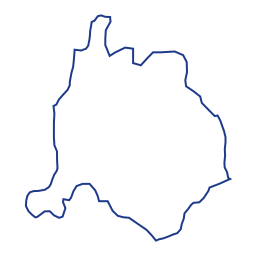 Kurdamir District, Kürdəmir, Azerbaijan (Mercator projection)
{"feature_id": "54616110B82810927503709", "entity_name": "Kurdamir District", "entity_type": "district", "adm_level": 2, "iso_a3": "AZE", "parent_name": "Azerbaijan", "parent_adm1": "Kürdəmir", "projection": "mercator", "projection_center": [48.161, 40.284], "detail": "fine", "context": "isolated", "style": "outline", "palette": "blue", "viewbox_px": 256, "rotation_deg": 0, "n_neighbors": 0, "source": "geoboundaries", "source_scale": "gbopen_adm2", "svg_char_len": 1612}
<svg xmlns="http://www.w3.org/2000/svg" viewBox="0 0 256 256"><path d="M91.7,21.9L91.1,25.8L90.2,30.8L89.9,35.7L89.4,39.8L88.2,45.7L86.0,48.7L81.1,50.5L74.6,49.7L74.3,54.4L73.5,63.7L73.1,66.9L71.4,73.1L69.8,81.9L69.8,85.2L67.6,89.8L63.4,94.4L59.0,99.4L56.3,104.6L53.5,106.0L54.4,113.6L53.9,122.6L53.9,137.1L54.4,145.3L57.0,151.4L57.1,160.8L57.5,168.3L56.7,170.9L54.1,174.9L52.1,180.1L50.7,184.3L48.9,187.1L45.0,189.7L38.6,190.9L33.6,191.1L29.9,192.3L27.5,195.6L26.3,200.2L26.1,202.7L25.9,206.0L28.5,211.2L32.1,214.8L35.4,217.4L37.4,216.8L42.8,212.8L44.6,211.4L49.7,211.2L54.1,215.4L59.2,217.8L62.6,216.6L65.4,208.2L63.0,202.0L63.4,199.2L69.2,200.2L71.2,197.4L73.3,191.5L76.5,186.1L82.5,183.9L89.6,183.9L95.2,190.3L97.7,196.0L99.1,201.2L105.9,201.2L107.7,201.2L112.6,210.8L117.8,215.8L123.0,217.2L129.1,217.8L134.1,221.3L146.6,229.9L151.7,235.3L156.0,240.6L159.0,239.3L163.5,238.3L168.9,236.3L172.8,234.6L177.2,233.2L180.7,229.3L181.8,223.9L183.8,218.5L184.5,213.3L188.3,208.8L191.2,204.7L193.6,202.8L199.3,202.3L203.7,198.0L208.4,190.9L209.6,187.5L219.3,183.8L225.3,181.1L230.1,179.0L228.2,177.8L227.0,172.0L224.7,167.4L224.4,162.9L225.1,155.6L224.8,149.0L225.5,142.7L225.5,137.1L224.1,131.3L220.3,120.6L217.6,115.5L214.8,116.1L209.0,110.3L201.8,102.9L200.2,96.5L193.6,91.3L186.1,86.3L185.3,80.2L187.0,72.2L186.7,62.0L183.1,55.1L174.6,51.5L161.1,52.3L153.1,52.3L147.4,58.1L140.8,65.3L133.1,63.1L133.1,54.8L133.1,48.7L125.1,47.6L114.9,52.6L109.7,55.9L105.3,45.1L105.3,39.1L105.8,30.2L110.5,21.7L110.1,17.0L105.2,16.8L101.1,15.4L97.8,16.2L94.4,20.8L91.7,21.9Z" fill="none" stroke="#1e3a8a" stroke-width="2"/></svg>